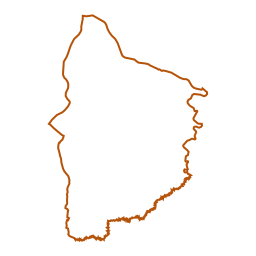 Non Narai, Surin, Thailand (Natural Earth projection)
{"feature_id": "78962969B93743145259282", "entity_name": "Non Narai", "entity_type": "district", "adm_level": 2, "iso_a3": "THA", "parent_name": "Thailand", "parent_adm1": "Surin", "projection": "natural_earth1", "projection_center": [103.921, 15.199], "detail": "fine", "context": "isolated", "style": "outline", "palette": "amber", "viewbox_px": 256, "rotation_deg": 0, "n_neighbors": 0, "source": "geoboundaries", "source_scale": "gbopen_adm2", "svg_char_len": 5903}
<svg xmlns="http://www.w3.org/2000/svg" viewBox="0 0 256 256"><path d="M202.5,88.4L202.1,89.4L201.2,89.7L195.7,88.5L193.5,87.5L191.8,85.9L188.8,80.8L187.8,79.9L186.4,79.2L183.6,79.1L180.2,77.9L171.5,72.7L165.4,70.9L163.1,70.5L161.8,70.9L159.6,69.4L158.4,69.6L157.8,69.0L150.0,65.4L148.6,64.3L145.5,63.5L138.9,62.7L138.0,62.4L134.4,59.5L124.7,57.5L122.7,56.0L121.8,54.5L117.8,43.4L115.4,39.2L111.5,35.3L109.4,32.4L107.7,29.3L106.2,24.7L105.1,22.9L104.2,22.0L92.7,15.4L86.4,16.3L82.8,15.8L82.7,19.2L81.3,26.4L81.3,30.1L80.3,32.3L78.7,34.7L74.4,38.7L73.4,40.3L70.7,45.6L67.7,54.3L66.5,57.2L63.8,61.7L63.0,73.9L63.2,75.3L64.3,77.7L66.1,79.5L67.3,81.3L68.1,83.2L68.3,84.9L68.1,88.1L65.8,92.9L65.7,96.0L67.2,98.7L69.5,101.3L69.8,102.2L69.8,102.9L68.1,106.3L64.9,110.1L62.4,112.3L56.9,115.0L52.1,119.6L48.9,123.9L50.4,124.8L53.8,128.2L61.9,135.0L63.7,135.8L63.3,137.6L62.8,138.2L62.6,139.5L60.3,141.5L59.7,142.7L59.3,142.6L58.8,143.2L58.2,146.4L58.2,148.4L59.0,151.0L60.2,156.3L61.1,158.9L61.4,162.5L63.1,168.8L64.4,171.4L68.4,176.3L69.5,180.4L69.2,181.5L69.4,183.6L67.8,187.0L67.2,189.3L67.7,192.1L66.9,194.5L67.3,196.1L67.0,200.0L67.2,202.8L66.9,204.2L65.6,206.1L65.4,208.1L67.4,209.1L68.2,210.6L67.8,211.8L67.3,217.2L69.0,218.1L68.1,220.2L67.2,219.8L67.0,220.1L66.3,223.0L66.7,225.6L66.3,227.8L68.0,228.5L68.7,232.2L68.3,234.4L69.1,235.3L69.1,235.7L71.1,236.8L74.5,238.1L75.0,239.3L75.5,239.1L75.8,240.0L76.3,239.4L77.6,239.8L78.0,240.2L78.4,239.9L78.4,239.4L79.0,239.8L79.3,239.3L79.6,240.3L80.7,239.2L81.0,240.3L81.8,240.6L82.2,240.5L82.3,240.0L83.9,240.2L84.3,239.6L84.3,238.5L84.7,238.2L84.9,238.7L85.2,238.7L85.7,237.5L86.0,237.6L86.2,238.2L86.6,237.4L86.9,237.8L87.5,237.7L88.1,238.3L88.8,238.2L89.3,237.6L90.2,237.7L90.0,236.8L90.2,236.5L91.6,237.0L91.7,236.5L92.3,236.5L92.1,235.9L92.8,235.7L92.9,236.6L93.6,236.4L93.7,237.1L94.2,237.7L94.6,237.0L96.1,237.8L96.0,239.1L96.3,239.5L96.6,239.3L96.7,238.4L97.1,238.2L97.7,238.3L98.1,237.4L98.4,238.2L99.1,238.5L99.8,237.9L100.2,237.9L100.2,238.3L99.8,239.0L100.6,238.9L100.6,239.4L100.1,239.9L100.6,240.3L101.9,239.6L102.3,239.0L103.0,239.1L103.8,239.7L103.8,238.9L104.6,237.7L105.0,237.7L105.3,237.0L104.7,236.7L104.7,236.2L105.2,236.3L105.9,235.4L106.4,235.9L107.3,235.5L108.8,233.9L107.8,233.4L108.0,233.0L108.6,232.9L108.6,232.5L108.1,232.2L108.7,231.3L107.5,231.4L107.1,231.0L107.9,230.8L108.5,229.1L107.9,228.4L108.3,227.9L107.3,228.0L106.9,227.6L107.9,227.2L108.0,225.9L107.7,224.4L108.6,224.3L108.6,223.5L107.7,222.7L108.2,222.0L108.1,221.0L108.5,221.2L108.8,220.9L110.5,221.0L111.1,220.3L112.3,220.8L113.4,220.1L114.6,220.8L114.9,220.4L115.6,220.4L116.7,219.4L117.1,220.3L118.1,220.8L118.8,220.6L118.8,220.1L119.4,220.2L119.3,218.6L120.0,219.1L119.8,220.1L120.3,220.4L120.8,219.2L123.1,217.9L122.9,219.1L123.3,219.8L124.5,219.7L124.8,220.1L124.9,218.6L125.9,218.6L125.9,219.4L126.7,218.4L127.1,218.7L127.5,220.0L126.9,220.4L127.3,221.0L127.2,221.6L128.1,221.8L128.4,221.2L128.0,220.9L128.7,220.5L129.6,221.7L129.9,221.1L129.4,220.5L129.7,220.0L129.0,219.8L129.7,218.6L131.9,218.3L132.2,217.5L133.0,217.8L134.4,217.7L135.6,217.0L135.8,217.7L136.1,217.7L136.4,217.4L136.0,217.0L136.3,216.3L137.3,217.0L137.6,216.0L137.8,216.1L137.8,217.7L138.5,217.7L138.9,217.1L139.1,218.6L139.9,218.3L139.9,219.2L140.7,218.7L140.5,219.3L141.5,218.6L142.0,219.1L142.4,218.4L143.7,219.0L143.8,218.6L143.5,218.0L144.0,216.9L144.5,217.0L144.6,216.1L145.2,215.9L145.3,215.1L146.0,215.3L146.2,215.1L146.4,214.3L146.1,214.0L146.6,213.6L146.3,213.1L146.4,212.6L147.8,212.1L147.8,211.8L147.2,211.5L147.3,211.0L147.7,211.0L148.4,212.1L149.2,211.9L149.7,212.1L149.8,211.4L150.7,210.5L150.4,210.1L149.7,210.4L150.4,209.5L151.2,209.9L151.9,209.0L152.8,209.9L153.5,209.6L153.2,208.6L153.7,208.3L155.1,208.6L155.2,208.3L154.4,207.6L155.4,207.3L155.6,205.8L154.6,205.2L155.3,204.7L154.7,204.2L154.6,203.5L155.4,203.5L155.2,202.7L155.8,202.7L156.0,202.2L156.6,202.4L157.0,202.1L156.1,201.2L156.5,200.6L157.6,199.9L159.3,199.9L160.3,198.6L160.5,199.4L160.9,199.3L160.9,198.6L161.3,198.5L161.4,197.2L163.0,199.0L163.1,198.2L162.8,197.9L163.0,197.3L162.4,197.4L162.4,196.9L163.4,197.0L163.5,196.5L164.2,196.7L164.7,195.4L165.6,196.4L165.8,195.2L166.7,195.2L167.1,195.7L167.4,195.6L167.5,195.1L168.0,195.5L168.9,195.3L168.2,194.4L168.7,194.0L169.2,194.1L169.4,193.2L170.8,193.8L171.1,192.5L171.6,193.0L172.1,192.8L172.2,192.5L171.5,191.4L172.3,190.6L171.9,189.8L172.8,190.1L173.4,189.1L173.6,189.9L174.2,190.4L174.4,189.5L174.1,188.8L174.5,188.6L176.1,189.1L176.8,188.6L177.7,189.2L178.4,189.1L179.0,188.5L178.8,187.9L180.0,187.2L180.3,187.4L180.5,186.7L181.2,186.2L182.5,186.1L181.8,185.1L181.7,184.4L182.4,184.3L182.9,183.9L183.3,184.4L184.1,184.5L184.3,184.1L183.9,183.3L184.3,182.7L184.3,181.4L184.5,181.2L184.8,181.9L185.6,181.9L185.6,181.2L185.0,180.3L185.8,180.3L186.4,179.4L186.1,178.7L185.4,179.0L185.2,178.6L187.1,177.8L188.2,178.0L188.5,178.4L188.2,179.1L188.6,179.4L189.7,177.9L189.2,177.7L189.3,177.4L190.0,177.1L189.5,176.5L189.8,176.2L189.7,175.7L190.9,175.3L190.0,174.6L187.8,173.8L187.2,172.0L185.2,172.5L184.5,172.1L184.2,171.4L184.1,170.2L184.6,169.4L187.4,170.0L187.8,169.5L186.9,166.4L186.6,164.4L188.0,162.1L188.0,161.4L187.6,161.2L185.9,161.6L185.3,160.8L185.8,156.7L186.1,156.1L187.9,155.1L188.6,151.9L187.4,150.3L183.9,147.3L183.3,146.2L183.2,145.3L187.3,140.7L189.3,140.1L192.0,138.7L194.8,139.4L195.3,139.2L195.5,138.2L194.7,136.6L194.7,135.7L196.2,132.1L195.7,131.0L193.8,129.1L193.7,128.0L194.1,127.0L195.1,126.6L196.3,126.6L198.3,127.5L199.5,127.6L201.3,126.7L202.0,125.4L201.8,123.8L199.2,123.8L197.8,123.4L194.0,120.2L193.5,119.1L193.5,118.1L197.2,111.6L197.2,111.0L196.9,110.8L195.0,111.2L194.6,111.0L193.7,108.1L189.8,105.7L188.0,103.5L187.6,102.6L187.6,101.5L188.0,100.5L188.7,99.7L190.8,98.5L192.3,95.1L193.9,94.0L200.5,94.7L203.4,96.0L204.7,96.1L206.1,95.2L207.1,94.0L207.0,92.2L202.5,88.4Z" fill="none" stroke="#b45309" stroke-width="2"/></svg>